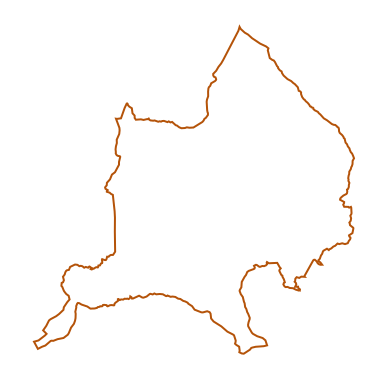 San Pedro de Huaca, Carchi, Ecuador, rotated 268°
{"feature_id": "8360857B26572966022177", "entity_name": "San Pedro de Huaca", "entity_type": "district", "adm_level": 2, "iso_a3": "ECU", "parent_name": "Ecuador", "parent_adm1": "Carchi", "projection": "albers", "projection_center": [-77.722, 0.622], "detail": "fine", "context": "isolated", "style": "outline", "palette": "amber", "viewbox_px": 384, "rotation_deg": 268, "n_neighbors": 0, "source": "geoboundaries", "source_scale": "gbopen_adm2", "svg_char_len": 5895}
<svg xmlns="http://www.w3.org/2000/svg" viewBox="0 0 384 384"><g transform="rotate(268 192 192)"><path d="M332.9,273.4L334.9,271.1L337.9,265.3L343.6,257.4L347.4,253.5L349.4,250.3L353.2,246.4L355.4,245.3L351.5,244.0L322.9,227.8L319.4,225.6L316.1,222.8L312.3,220.4L309.3,217.3L307.8,217.3L306.5,217.9L305.7,219.5L303.8,220.1L303.0,219.8L302.1,218.9L300.0,215.0L297.4,213.9L296.1,212.5L294.8,212.0L291.9,211.6L287.1,211.5L283.8,210.2L281.7,209.8L273.3,210.0L271.3,210.3L270.3,210.7L268.4,210.6L265.6,208.4L264.7,207.0L263.0,206.1L261.6,204.8L256.4,195.7L256.3,191.7L256.8,189.1L256.2,187.2L256.1,183.7L257.1,181.5L259.0,179.2L259.3,178.1L262.7,174.6L262.3,172.9L263.4,171.2L262.7,169.9L264.0,166.6L264.0,164.8L263.4,163.5L263.8,162.2L263.4,160.7L264.8,157.1L264.6,155.7L265.0,153.0L265.7,151.9L266.9,151.3L266.3,150.3L266.4,149.6L265.7,146.1L266.4,143.5L266.2,138.4L268.0,137.3L270.4,137.3L272.7,135.3L277.8,134.8L279.5,132.3L281.1,131.0L282.4,130.7L282.8,130.2L282.6,129.8L278.3,127.6L268.1,123.6L267.7,119.7L267.9,118.6L258.6,121.7L256.1,121.8L252.5,121.3L246.9,118.6L243.5,118.6L240.4,117.6L237.3,117.1L234.4,117.3L233.4,117.1L232.1,117.6L231.3,118.2L230.6,119.4L230.3,121.1L229.6,121.5L224.6,120.1L221.8,120.0L214.4,115.7L212.2,112.6L207.5,110.5L204.2,107.3L201.6,107.0L200.1,105.6L199.5,105.3L198.2,105.7L196.8,107.8L195.8,106.9L195.2,106.9L194.2,109.7L192.9,111.0L191.9,112.8L175.5,114.0L169.0,114.1L155.0,113.5L135.0,113.1L131.9,110.9L131.9,108.7L131.1,107.2L130.2,106.4L130.3,104.9L127.9,104.2L127.0,103.5L127.0,102.5L128.0,99.9L127.3,99.6L125.1,99.9L124.1,99.7L123.7,98.5L121.9,97.5L121.8,95.9L120.4,95.6L119.9,95.2L120.2,94.2L120.0,93.1L118.7,91.0L119.2,89.9L118.2,89.4L118.1,88.9L118.6,87.9L119.9,88.5L121.1,87.0L120.9,86.4L120.0,85.6L120.8,83.2L120.1,81.6L121.6,79.9L122.1,78.3L121.8,76.8L123.2,75.0L123.6,72.6L121.4,67.6L118.5,66.3L118.1,64.2L117.6,63.5L116.2,62.6L114.0,61.9L111.8,60.1L108.3,60.9L106.3,60.0L105.7,58.6L102.7,58.2L101.6,59.1L97.7,60.5L96.3,61.4L94.4,62.8L92.6,65.1L88.9,65.9L86.3,63.5L81.3,59.9L78.7,59.4L74.7,54.9L72.6,51.9L69.8,46.2L68.6,44.6L63.3,41.7L58.9,38.4L55.3,41.7L53.7,40.0L49.0,33.4L47.9,28.9L40.6,32.5L42.6,36.8L43.7,40.1L48.1,45.6L48.3,46.6L48.1,48.2L49.6,52.5L50.6,58.5L53.7,62.9L55.4,64.0L60.7,66.4L64.4,69.4L67.4,70.6L70.0,71.2L74.3,71.5L76.4,71.2L80.5,72.3L82.0,72.3L84.5,73.4L85.1,74.1L84.8,75.5L83.4,77.6L81.2,83.4L79.0,86.4L79.0,90.6L79.5,93.0L80.2,93.7L80.5,95.7L81.0,96.2L80.9,98.0L81.1,98.5L82.1,99.0L82.3,100.1L81.9,102.7L80.9,103.2L80.7,103.8L81.7,106.1L81.8,107.8L81.4,110.0L81.7,110.4L83.0,110.7L84.0,111.6L85.8,114.2L87.5,114.2L87.6,114.5L87.6,114.9L86.7,115.5L86.5,116.1L87.1,117.3L86.9,119.5L87.7,120.9L87.5,122.5L87.7,123.6L87.2,124.9L87.8,125.9L88.7,126.5L89.8,126.7L89.0,127.8L87.6,128.3L87.6,129.3L90.2,135.5L88.3,138.6L88.1,139.8L89.1,143.0L91.6,146.3L91.7,146.8L91.0,149.2L91.9,150.8L91.0,152.7L91.2,156.2L90.8,159.3L88.9,162.4L88.9,163.2L89.4,163.9L88.0,167.0L88.2,168.9L87.7,171.7L85.9,174.4L85.5,176.6L83.5,179.4L82.8,181.5L81.5,183.8L80.5,184.4L77.9,188.1L74.3,190.5L71.4,197.2L71.3,198.7L72.3,203.0L71.3,205.4L69.8,206.3L64.9,206.7L61.8,209.1L56.7,216.6L51.2,222.5L48.2,227.9L47.3,229.0L42.0,230.5L40.5,230.3L38.9,229.7L37.6,231.0L35.8,233.7L31.8,234.1L30.2,233.7L28.9,236.1L28.6,238.1L32.4,244.4L34.0,245.7L34.4,246.7L35.1,250.3L35.4,258.4L36.1,261.7L41.2,260.2L43.6,257.5L45.6,252.1L48.1,248.0L49.3,246.9L55.8,243.5L57.3,243.4L59.9,244.0L63.0,245.2L64.3,245.3L68.5,243.8L70.0,243.0L73.2,242.2L75.2,241.1L79.0,240.7L80.5,240.1L85.3,239.1L88.2,237.2L91.5,236.1L92.5,236.4L95.0,238.0L100.4,238.6L105.4,241.6L107.2,243.1L110.1,244.4L111.2,246.0L112.8,250.9L113.3,251.8L114.4,252.1L116.1,251.4L117.0,253.3L116.8,254.2L115.1,256.4L114.8,257.3L115.6,259.7L115.4,261.5L116.1,263.4L117.1,264.4L118.9,264.2L119.4,264.5L118.1,266.3L118.2,274.7L113.8,277.0L112.6,278.0L111.2,276.8L110.2,276.5L106.1,278.3L105.3,279.4L104.3,279.4L101.5,280.8L98.5,281.6L97.9,280.6L96.4,280.1L94.4,281.2L93.7,282.3L93.8,284.2L92.7,286.3L92.3,289.6L90.8,292.3L89.8,295.2L90.0,295.8L89.8,296.3L90.9,296.5L92.4,294.8L93.7,294.7L93.7,291.8L96.1,293.0L97.4,292.7L98.7,291.5L99.1,291.9L101.8,292.3L103.2,293.6L102.4,296.2L103.6,298.3L103.3,301.7L103.8,301.3L119.5,310.8L120.0,311.6L120.0,312.4L118.4,314.1L116.5,315.1L115.5,316.1L114.8,317.7L114.8,319.5L117.2,317.8L118.2,316.4L119.4,316.0L120.8,317.4L124.1,318.7L125.6,319.9L128.1,320.8L128.8,321.5L130.6,324.9L129.2,326.7L129.9,327.3L130.8,329.3L132.5,331.3L133.3,333.3L135.4,335.6L134.8,337.4L135.5,340.3L134.6,343.1L135.4,345.9L137.6,347.0L139.1,348.3L140.4,348.8L141.0,348.7L142.0,347.7L143.2,347.4L145.3,350.9L149.9,352.0L150.6,351.9L153.3,348.8L155.2,348.5L155.9,348.2L157.7,349.6L160.2,350.1L162.8,349.4L164.2,350.4L165.3,350.7L170.8,350.6L171.6,350.3L170.9,348.5L171.7,347.7L171.9,343.6L174.0,342.7L175.6,343.6L176.7,343.7L179.1,339.7L180.4,340.0L181.4,340.9L183.2,343.2L184.6,346.2L185.5,346.9L187.2,347.2L189.0,347.0L189.7,348.1L191.6,348.9L193.5,349.0L195.6,349.6L197.7,348.7L199.2,348.9L200.3,348.6L202.9,349.1L204.4,349.7L206.9,349.9L209.3,351.5L211.2,352.0L212.3,352.7L214.3,353.4L217.5,353.6L220.0,355.1L222.7,354.2L224.9,353.3L226.1,352.2L228.5,351.2L230.0,350.9L232.2,349.3L234.3,348.6L236.0,347.2L240.0,346.4L240.6,345.6L241.8,345.3L243.6,344.1L245.9,341.7L247.5,341.1L250.0,341.0L251.3,340.6L251.8,339.6L252.7,339.0L254.0,337.5L254.2,336.0L255.0,334.2L259.0,329.4L261.0,326.3L265.1,322.9L266.3,321.5L267.7,320.6L269.4,317.5L270.7,316.2L271.6,316.2L272.1,315.7L272.4,314.4L273.2,313.9L273.5,313.0L275.3,312.1L277.2,310.6L278.8,308.8L280.3,307.8L280.7,307.0L283.1,305.4L286.1,304.4L287.7,304.5L288.7,303.8L289.4,302.2L293.0,301.4L296.4,298.4L297.2,297.2L299.4,295.0L301.5,291.4L305.2,287.6L307.7,286.1L309.3,285.8L310.6,284.0L312.7,282.4L313.7,282.4L314.8,281.4L319.1,279.4L320.7,278.2L321.1,277.0L323.1,274.4L331.0,272.7L332.9,273.4Z" fill="none" stroke="#b45309" stroke-width="2"/></g></svg>